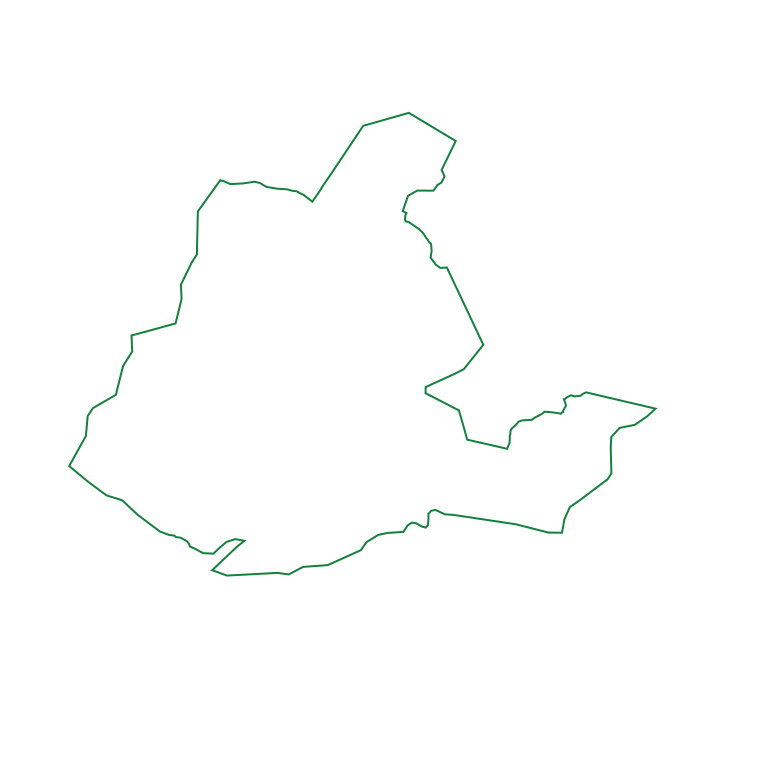 the district of Djenne, Mopti, Mali, rotated 30°
{"feature_id": "8926073B86660589431001", "entity_name": "Djenne", "entity_type": "district", "adm_level": 2, "iso_a3": "MLI", "parent_name": "Mali", "parent_adm1": "Mopti", "projection": "albers", "projection_center": [-4.481, 14.012], "detail": "fine", "context": "isolated", "style": "outline", "palette": "green", "viewbox_px": 768, "rotation_deg": 30, "n_neighbors": 0, "source": "geoboundaries", "source_scale": "gbopen_adm2", "svg_char_len": 2433}
<svg xmlns="http://www.w3.org/2000/svg" viewBox="0 0 768 768"><g transform="rotate(30 384 384)"><path d="M631.5,269.6L563.2,290.2L561.1,293.2L560.3,295.7L559.1,296.7L556.3,298.6L555.6,299.3L553.4,299.8L551.3,300.5L549.4,303.6L548.5,305.3L548.3,306.2L547.4,307.2L549.9,309.3L550.9,310.2L552.4,311.7L552.5,316.3L552.5,317.6L553.2,318.6L552.4,319.6L552.0,321.4L551.3,321.5L546.4,323.4L544.1,324.3L537.3,327.5L536.5,328.8L535.7,330.9L533.0,335.3L531.9,336.8L529.9,341.1L524.6,344.6L521.1,347.1L520.6,347.8L519.4,349.4L518.7,353.2L516.9,358.8L516.9,361.3L518.4,364.1L518.9,366.2L520.5,368.8L522.2,372.5L523.0,378.6L518.9,379.8L483.9,390.6L473.4,380.3L462.1,369.4L424.6,371.2L421.6,365.8L439.9,340.1L445.7,331.3L450.4,300.4L380.2,251.7L377.0,253.8L375.0,255.1L374.1,255.3L373.4,255.2L368.8,254.7L368.4,254.5L367.5,254.0L361.1,251.2L360.1,248.5L359.6,247.2L358.7,244.9L354.7,239.1L351.6,238.4L350.4,237.6L349.3,237.0L348.2,236.7L347.3,236.3L342.8,233.9L337.2,232.4L324.6,231.4L323.4,231.7L322.0,232.1L321.5,232.4L319.9,231.0L318.1,227.1L318.0,224.7L313.8,224.9L310.7,208.9L316.1,199.9L330.2,191.8L330.7,185.0L333.0,180.9L332.7,174.0L326.9,169.8L324.6,137.7L269.9,136.8L236.9,170.8L233.2,227.4L231.8,245.4L231.8,245.5L232.1,245.7L230.8,261.9L226.2,261.3L220.6,260.6L219.5,260.4L217.2,260.7L211.9,260.8L208.1,262.5L202.7,263.9L194.0,268.2L183.8,272.0L180.1,272.1L176.2,271.9L170.7,273.6L161.2,281.1L151.0,287.7L143.4,288.5L140.6,289.5L140.3,289.4L140.3,289.6L136.5,327.6L150.6,353.4L157.2,365.3L156.7,374.8L158.5,399.6L166.2,411.6L173.2,435.8L141.1,468.2L149.7,481.8L149.0,498.7L157.2,527.5L144.0,550.4L143.4,559.9L151.8,578.0L152.4,612.5L164.9,614.6L177.2,616.7L199.4,619.2L215.3,615.6L236.5,620.5L263.7,623.8L273.3,622.2L278.3,620.1L280.5,620.7L281.6,620.0L284.8,618.8L288.5,618.7L292.2,618.8L295.4,620.1L297.1,621.8L300.7,621.3L312.0,620.9L321.1,616.2L323.4,608.4L326.6,599.5L332.7,592.7L341.5,589.6L337.9,598.8L328.3,631.2L343.8,628.4L379.5,605.2L386.0,600.9L396.7,596.6L405.3,582.9L425.8,569.0L447.0,539.5L448.0,529.5L454.4,517.6L462.0,510.9L474.6,502.5L475.1,498.3L475.1,494.7L477.6,490.0L481.5,488.5L488.0,488.5L491.9,487.5L492.7,484.6L489.5,477.7L487.4,474.4L488.3,470.1L491.6,467.3L502.0,466.4L509.2,462.8L568.5,439.5L600.8,430.4L612.5,423.8L607.9,411.0L606.5,397.6L611.2,387.8L625.3,354.7L625.6,347.7L611.9,325.3L607.4,316.4L610.0,304.2L621.7,293.9L628.1,280.3L631.5,269.6Z" fill="none" stroke="#15803d" stroke-width="2"/></g></svg>